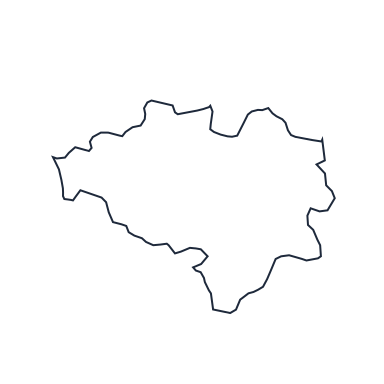 Inje-gun, Gangwon, South Korea (Mercator projection), rotated 289°
{"feature_id": "91817680B61474779558203", "entity_name": "Inje-gun", "entity_type": "district", "adm_level": 2, "iso_a3": "KOR", "parent_name": "South Korea", "parent_adm1": "Gangwon", "projection": "mercator", "projection_center": [128.258, 38.093], "detail": "fine", "context": "isolated", "style": "outline", "palette": "slate", "viewbox_px": 384, "rotation_deg": 289, "n_neighbors": 0, "source": "geoboundaries", "source_scale": "gbopen_adm2", "svg_char_len": 1686}
<svg xmlns="http://www.w3.org/2000/svg" viewBox="0 0 384 384"><g transform="rotate(289 192 192)"><path d="M267.5,145.5L265.3,123.9L262.1,120.6L255.6,119.4L250.5,122.4L245.5,123.6L238.1,121.8L233.9,114.7L227.1,109.6L222.1,107.9L221.8,105.8L220.9,93.6L218.5,86.5L211.7,80.3L206.3,79.1L201.0,82.7L197.2,81.2L196.3,67.0L188.9,62.8L183.2,60.7L179.7,53.3L179.7,49.2L170.1,58.8L165.8,61.5L160.7,64.7L156.9,66.8L153.5,68.7L149.7,70.2L146.1,71.4L143.8,73.6L144.5,76.9L145.1,80.1L145.3,82.2L149.7,83.5L157.3,85.9L157.3,98.2L157.3,108.3L154.4,114.1L145.7,119.9L137.8,127.1L138.5,135.8L138.5,140.9L133.4,145.2L132.0,151.7L132.0,159.7L129.8,164.8L129.1,172.7L132.0,179.2L134.9,185.0L134.1,187.2L128.4,195.9L132.0,200.9L138.5,208.2L139.9,214.0L140.7,219.0L136.3,227.7L126.9,224.1L121.1,217.6L119.0,221.2L119.0,226.3L114.6,231.3L111.0,233.5L107.4,237.1L104.5,240.0L102.3,242.9L87.8,250.2L90.0,267.5L95.1,271.9L105.9,272.6L114.6,278.4L117.5,282.7L121.1,286.3L125.5,290.0L134.1,291.4L143.6,292.1L155.9,292.9L160.2,297.2L163.8,304.4L164.5,317.5L164.5,322.5L170.3,332.7L173.2,334.8L183.4,330.5L187.7,326.1L195.7,318.9L198.6,312.4L207.2,308.8L215.2,309.5L215.2,317.5L215.2,318.9L218.8,326.1L232.6,329.0L238.4,324.0L242.0,316.7L252.8,311.7L258.6,300.8L265.1,307.3L283.9,298.1L281.9,297.9L280.2,288.4L277.8,271.8L278.1,267.1L281.6,262.6L287.9,257.9L290.2,253.7L291.1,247.2L292.6,242.5L296.2,236.8L292.3,231.8L291.1,227.6L287.6,222.3L283.4,219.6L274.2,218.4L260.0,216.4L257.3,211.9L256.2,207.5L255.6,200.4L255.9,193.2L257.3,188.8L262.4,187.6L274.8,185.2L279.5,181.2L277.8,180.5L276.0,178.1L274.2,175.8L270.7,170.4L260.9,153.2L261.8,150.0L267.5,145.5Z" fill="none" stroke="#1e293b" stroke-width="2"/></g></svg>